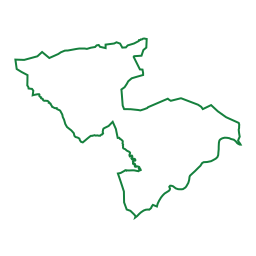 Rimin Gado, Kano, Nigeria
{"feature_id": "59680162B46553103488347", "entity_name": "Rimin Gado", "entity_type": "district", "adm_level": 2, "iso_a3": "NGA", "parent_name": "Nigeria", "parent_adm1": "Kano", "projection": "orthographic", "projection_center": [8.273, 11.925], "detail": "fine", "context": "isolated", "style": "outline", "palette": "green", "viewbox_px": 256, "rotation_deg": 0, "n_neighbors": 0, "source": "geoboundaries", "source_scale": "gbopen_adm2", "svg_char_len": 4404}
<svg xmlns="http://www.w3.org/2000/svg" viewBox="0 0 256 256"><path d="M135.2,217.5L137.1,216.1L139.1,214.0L141.0,212.3L143.7,210.5L145.9,209.7L148.2,209.5L149.1,209.7L150.2,208.9L151.2,207.9L151.7,206.5L152.9,204.9L156.9,206.5L157.7,203.6L159.1,200.7L161.1,197.4L162.8,195.3L164.6,193.5L168.9,190.8L169.8,189.7L170.0,188.6L169.5,187.5L169.3,186.7L170.2,185.7L171.6,185.8L173.1,186.3L174.5,187.4L175.8,188.4L178.2,189.2L181.5,189.3L183.0,189.1L185.4,187.5L186.3,186.4L188.3,182.9L189.1,180.2L189.3,178.8L189.5,177.0L190.0,175.7L192.9,173.0L194.9,171.2L198.6,167.5L200.4,165.8L202.1,163.1L203.6,162.2L207.1,162.0L211.0,161.2L212.6,160.4L215.7,158.7L217.4,157.1L218.2,155.1L218.4,152.3L218.7,149.1L218.7,146.9L218.9,142.8L219.3,140.9L219.7,140.1L220.5,139.3L222.3,138.3L224.6,137.7L227.0,137.8L229.3,138.2L231.0,139.0L233.8,139.7L235.8,141.3L237.0,142.9L238.3,143.9L238.5,144.0L239.8,144.6L240.6,144.6L240.0,143.5L239.1,142.4L238.1,140.6L238.7,138.9L239.7,136.7L239.2,133.8L239.0,132.5L238.9,131.6L238.7,129.7L239.1,128.0L239.1,126.9L239.1,126.5L239.2,125.5L239.2,124.4L238.7,122.9L226.1,117.2L217.8,111.3L211.1,105.1L202.8,109.1L201.2,106.8L198.0,104.7L181.2,98.3L180.7,98.3L170.8,100.8L169.3,99.9L168.9,99.6L167.8,98.7L148.0,107.2L147.3,108.0L144.2,109.2L140.4,110.4L138.2,110.0L130.6,109.2L124.1,109.1L122.7,105.6L121.6,91.4L121.4,89.5L124.6,87.2L126.8,83.9L128.2,81.3L131.7,78.3L137.4,76.6L143.1,75.0L143.1,72.9L142.5,69.6L139.9,69.4L133.7,57.0L133.8,56.5L134.2,56.2L141.5,55.7L143.4,50.0L146.3,47.6L146.7,39.0L144.1,38.5L142.7,38.8L141.8,39.5L140.9,39.4L140.3,40.0L139.0,40.1L138.8,41.0L136.5,42.2L134.0,43.5L127.7,45.4L125.9,47.4L122.3,47.6L120.1,43.6L116.5,42.3L114.2,43.5L105.6,44.6L105.6,48.1L100.0,46.8L98.7,45.0L96.6,45.4L95.1,47.0L90.9,47.7L86.9,48.9L84.6,48.5L79.5,48.5L76.7,48.9L67.9,50.5L64.9,50.6L60.8,52.3L58.3,54.0L54.5,55.7L49.3,58.0L42.1,52.0L37.4,56.3L24.2,59.9L15.4,59.6L16.7,69.0L21.6,72.0L27.5,75.1L27.4,81.8L27.3,85.5L28.1,86.6L28.5,87.7L28.6,88.5L32.0,88.9L33.3,90.7L32.7,95.3L33.7,95.0L37.2,94.3L39.1,94.2L39.4,94.5L39.3,95.0L39.4,95.6L39.4,96.1L40.0,96.7L40.5,97.1L41.1,97.3L41.1,98.3L41.7,98.6L42.6,98.8L42.9,99.3L43.0,99.9L43.4,100.4L44.0,100.7L44.6,100.8L45.2,100.7L46.3,100.8L47.5,100.9L48.0,101.2L48.3,101.5L48.8,102.0L48.8,102.7L49.4,102.6L49.8,103.0L50.0,103.5L50.6,103.7L50.8,104.5L51.3,105.2L51.7,105.7L51.9,106.4L52.2,106.9L53.1,107.2L54.1,107.8L54.8,108.1L55.3,108.2L56.2,108.1L56.7,108.1L56.7,108.7L57.2,109.2L57.7,109.4L58.2,109.6L58.7,109.9L59.4,110.1L60.2,110.7L62.3,114.6L62.8,117.1L64.0,119.5L65.3,124.0L67.0,127.0L69.5,129.0L71.3,130.4L73.8,133.2L74.4,135.8L75.5,137.0L77.7,137.6L79.4,138.6L79.9,140.2L81.0,141.8L82.8,142.4L87.8,138.2L90.3,136.2L91.0,135.8L92.1,135.9L92.8,135.6L93.7,135.5L94.5,135.2L95.7,135.6L97.5,135.4L98.5,135.7L99.3,135.6L100.0,135.8L101.4,134.6L101.6,134.4L102.3,134.4L102.8,133.7L103.1,133.3L102.7,132.0L103.1,129.5L103.5,128.6L104.7,127.9L108.6,126.0L112.7,121.8L115.9,129.0L116.3,131.1L117.7,137.9L119.3,137.8L119.5,138.1L119.8,138.8L120.6,139.1L121.2,139.6L121.9,140.2L122.6,140.9L122.8,141.8L122.5,143.4L122.7,143.8L123.1,144.4L123.0,144.7L122.8,145.3L123.0,145.8L123.1,146.1L123.0,147.0L123.0,147.7L123.4,148.4L125.2,149.2L126.8,150.6L127.7,151.1L128.5,151.4L129.1,151.8L129.7,152.2L130.1,152.9L130.0,153.4L129.8,154.0L129.5,154.5L129.5,155.1L129.5,155.7L129.7,156.1L129.9,156.5L130.2,156.5L130.6,156.4L130.7,156.0L130.9,155.7L131.3,155.6L131.9,155.6L132.3,156.2L132.3,156.6L132.4,157.2L132.2,157.9L131.8,158.2L131.5,158.5L132.0,159.3L132.6,159.3L133.1,159.1L134.0,158.8L134.7,158.9L135.1,159.4L135.4,160.1L135.2,160.5L134.9,160.7L134.5,160.6L133.6,160.8L133.0,161.2L132.9,161.7L133.1,162.1L133.1,162.7L133.0,163.2L133.0,163.7L133.4,163.9L133.5,163.6L133.8,163.5L134.2,163.5L135.0,164.1L135.2,164.8L134.7,164.9L134.7,165.8L135.0,166.6L135.7,166.8L136.2,166.7L136.2,166.4L136.6,166.3L137.6,166.4L138.5,166.7L139.1,166.9L139.5,167.5L139.6,167.9L139.2,167.8L138.9,167.7L138.8,168.4L138.8,168.8L139.1,169.1L139.5,169.2L139.6,168.9L140.1,168.8L140.4,169.1L140.6,169.5L140.7,170.1L139.1,170.6L138.5,171.2L136.8,170.9L134.5,170.4L132.9,170.3L130.7,170.4L128.6,170.5L127.0,170.4L126.4,170.7L126.1,170.5L125.9,170.2L125.3,170.2L125.0,170.5L124.2,171.0L120.6,173.0L117.9,173.5L119.6,178.4L121.9,185.3L123.9,191.5L124.1,202.4L126.7,209.5L130.4,210.8L134.1,214.4L135.6,216.2L135.2,217.5Z" fill="none" stroke="#15803d" stroke-width="2"/></svg>